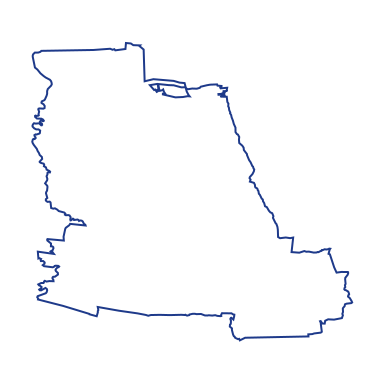 outline of Brahasesti, Galati, Romania, rotated 182°
{"feature_id": "2599482B25283721312735", "entity_name": "Brahasesti", "entity_type": "district", "adm_level": 2, "iso_a3": "ROU", "parent_name": "Romania", "parent_adm1": "Galati", "projection": "equal_earth", "projection_center": [27.355, 46.048], "detail": "fine", "context": "isolated", "style": "outline", "palette": "blue", "viewbox_px": 384, "rotation_deg": 182, "n_neighbors": 0, "source": "geoboundaries", "source_scale": "gbopen_adm2", "svg_char_len": 5962}
<svg xmlns="http://www.w3.org/2000/svg" viewBox="0 0 384 384"><g transform="rotate(182 192 192)"><path d="M347.5,327.8L348.4,326.8L350.4,326.0L354.0,325.8L355.6,324.0L355.9,323.0L355.9,321.6L353.3,310.9L350.8,309.0L347.6,305.3L344.3,302.7L342.2,301.3L337.9,299.2L336.7,297.8L336.1,296.1L335.9,294.8L336.5,293.4L339.7,289.9L340.3,287.8L340.2,285.1L340.7,283.1L342.2,279.4L342.8,278.6L345.3,277.3L345.6,275.9L345.4,275.6L343.4,274.5L342.2,272.8L342.3,270.7L343.5,270.1L347.5,270.2L348.3,269.9L348.5,269.2L347.6,266.9L348.1,264.5L347.8,263.3L348.3,262.9L349.8,262.6L351.1,262.9L351.5,262.6L351.4,261.6L349.5,260.0L345.1,260.0L343.4,259.2L342.6,258.1L342.8,257.7L343.4,257.6L345.5,258.2L346.5,256.9L346.2,256.2L344.4,255.1L344.1,253.9L344.5,253.4L345.1,253.4L347.0,255.2L347.5,255.3L350.5,254.9L352.3,255.2L353.3,254.0L353.7,252.9L353.6,251.8L351.9,250.1L349.8,249.1L347.5,249.2L345.9,248.1L346.1,245.6L346.5,245.1L349.5,244.0L350.4,244.1L351.5,243.3L351.0,241.8L350.3,241.2L350.1,240.5L351.1,239.4L352.3,239.5L352.9,238.9L353.4,236.7L352.9,235.3L351.8,233.6L348.6,229.7L347.7,227.6L346.3,225.6L345.5,223.7L343.3,221.8L342.9,219.8L345.3,217.0L345.2,216.5L344.0,215.8L341.2,215.1L340.6,213.9L340.9,212.6L338.8,211.5L338.1,209.3L335.2,208.0L334.5,207.3L334.7,206.6L336.4,206.7L337.1,206.1L337.1,204.4L337.9,202.7L337.0,200.0L337.2,198.6L339.1,195.5L336.9,193.2L336.6,192.1L336.9,188.3L337.7,186.8L337.9,185.7L336.4,181.0L337.8,179.7L337.8,178.5L337.1,177.7L336.0,177.1L333.9,177.4L333.0,176.6L332.2,171.1L330.1,170.5L328.4,170.9L326.1,169.7L324.5,168.3L318.9,167.0L317.8,165.9L318.2,164.9L317.3,164.4L314.7,164.6L313.6,164.3L312.4,162.6L312.7,160.2L312.4,159.4L311.9,159.5L310.1,161.2L309.5,161.0L309.2,160.0L308.9,159.9L305.4,160.5L304.7,160.2L303.9,159.1L302.9,159.7L301.2,159.5L300.2,158.8L298.8,156.3L297.5,155.6L297.2,154.8L312.7,155.9L313.4,154.6L316.9,151.8L317.4,150.7L318.8,142.8L318.4,139.0L334.8,139.9L335.1,139.1L334.8,138.4L331.1,135.6L331.1,132.8L329.5,132.7L328.7,132.0L328.5,130.9L329.5,128.4L330.3,128.4L331.2,127.7L330.3,127.1L329.3,127.0L327.9,125.3L344.0,127.0L343.2,120.3L342.6,120.7L340.5,119.8L341.0,118.9L340.6,117.7L338.3,117.8L336.8,116.5L336.9,115.2L338.6,113.7L337.3,112.7L328.5,111.9L327.1,112.6L326.7,113.3L325.5,113.6L323.1,113.5L322.2,112.9L322.7,112.2L324.0,111.8L325.4,110.1L325.7,109.3L325.3,108.3L323.2,106.4L323.1,104.8L326.0,102.6L327.8,102.4L328.4,101.7L328.4,100.7L327.5,99.4L327.3,98.0L331.4,98.0L334.4,97.4L336.0,98.1L336.7,97.5L336.9,96.3L337.2,95.9L339.5,95.8L342.4,94.3L341.7,93.4L340.6,93.0L339.0,91.8L339.3,90.6L341.3,89.2L340.8,88.5L339.4,88.4L335.1,91.0L333.7,90.0L333.3,88.8L333.8,86.7L334.6,85.7L342.6,82.5L343.0,81.5L341.9,79.9L342.1,79.2L317.0,73.7L290.3,66.6L290.2,66.2L282.9,64.5L281.9,68.5L282.0,69.7L281.5,70.7L282.2,73.8L260.8,70.8L242.2,68.8L233.8,67.5L231.4,66.8L228.9,67.6L219.9,68.1L209.8,68.2L198.4,68.9L194.7,68.8L194.4,69.1L192.6,68.3L190.4,68.9L190.2,69.5L187.0,70.3L185.0,70.4L183.2,70.1L178.7,70.4L174.9,69.1L172.4,69.1L170.9,69.4L167.5,69.2L164.5,69.7L162.4,69.1L159.1,68.9L158.4,69.1L158.6,70.2L157.8,71.9L148.2,72.1L146.9,71.2L145.4,70.9L145.5,69.3L146.2,66.0L148.3,67.7L148.7,67.6L149.2,66.8L149.2,66.2L148.6,64.8L148.6,62.4L148.7,61.5L149.4,60.8L149.5,58.8L147.3,57.1L147.3,55.5L146.0,51.1L145.2,49.4L144.3,48.9L144.0,48.0L142.9,47.4L141.0,46.6L139.7,46.9L139.0,45.4L133.8,48.2L70.8,51.7L70.6,51.7L70.8,53.8L66.8,54.2L65.0,54.9L58.7,55.9L57.7,56.4L57.4,56.9L58.7,64.9L58.6,65.6L58.8,65.9L58.6,66.3L59.1,66.5L59.5,67.3L58.9,67.5L57.1,65.1L54.8,65.1L54.4,68.0L51.5,69.5L45.6,69.4L37.8,71.2L36.9,74.1L37.5,75.4L36.9,77.4L37.2,80.8L36.9,81.5L35.5,83.2L35.2,85.1L33.6,85.8L29.0,86.5L28.1,87.2L28.6,88.4L30.6,91.5L32.4,92.9L32.2,94.3L31.4,95.0L31.5,95.9L32.4,97.9L34.7,99.2L35.9,99.5L36.4,100.1L36.2,101.4L35.5,102.3L35.9,104.3L35.3,105.5L35.9,110.1L35.8,111.6L33.6,114.6L33.1,116.2L33.2,117.3L33.4,117.5L39.9,117.3L44.7,116.5L47.3,121.7L52.0,134.5L53.4,135.0L52.4,139.2L51.9,140.1L52.9,140.2L53.5,139.7L55.8,139.2L57.4,139.4L59.1,138.6L60.1,138.6L60.5,137.7L60.9,137.8L63.5,136.3L64.4,136.4L65.4,135.9L68.2,135.7L73.1,136.5L75.7,136.3L77.7,136.9L82.6,135.1L90.4,135.4L89.3,150.0L92.3,149.3L96.7,149.8L102.4,148.9L104.4,150.0L104.9,157.3L105.4,160.1L106.5,162.9L107.4,163.8L110.2,169.0L109.8,170.7L111.1,173.6L113.0,174.4L114.5,176.0L116.7,179.5L118.5,180.3L119.5,183.5L120.7,185.2L121.0,187.0L122.1,187.8L124.1,191.6L125.1,192.6L125.7,195.4L126.3,196.0L126.6,197.2L127.1,197.9L128.7,198.7L129.1,199.4L129.4,201.5L130.4,203.3L134.5,204.4L133.9,206.4L135.0,207.9L134.7,209.0L132.2,212.0L130.9,214.8L130.6,216.8L131.3,217.6L131.9,219.5L132.6,220.0L134.5,223.8L136.0,225.8L138.3,230.8L138.4,231.8L141.6,235.7L142.0,238.2L143.4,240.1L146.5,242.6L146.9,246.1L146.7,248.6L148.1,251.0L149.2,251.5L150.6,253.4L150.8,257.9L152.6,261.5L153.6,264.8L155.0,268.0L155.6,270.4L156.7,271.9L156.5,272.7L157.7,275.2L158.1,277.7L158.8,278.9L158.7,281.6L159.8,283.2L160.6,288.4L165.6,288.3L165.7,288.7L166.4,288.6L166.5,289.1L166.9,289.1L162.7,289.6L163.2,290.6L168.9,290.1L169.0,290.8L164.9,291.2L164.9,291.7L163.9,291.8L162.7,292.5L162.8,293.1L164.1,293.1L164.0,293.9L161.0,294.1L160.6,294.5L160.8,295.6L160.5,297.4L167.0,296.6L167.4,297.4L166.2,298.5L166.2,299.0L170.2,299.2L170.7,300.4L177.6,299.9L180.9,299.2L187.0,297.5L187.8,296.4L190.8,295.4L195.4,295.4L199.5,294.6L200.8,294.9L201.4,295.6L201.8,295.5L200.8,292.3L198.9,288.9L197.7,287.5L199.7,287.6L204.4,286.6L211.9,286.0L224.5,288.5L224.5,289.1L221.5,288.4L223.5,291.1L224.4,293.5L225.3,292.7L227.6,292.0L228.4,293.6L229.3,297.7L229.9,297.7L229.0,293.3L230.0,293.0L229.5,291.6L230.7,290.8L232.4,293.1L233.4,292.6L237.8,297.3L230.5,298.8L218.9,298.0L214.0,298.0L206.2,296.2L202.0,296.5L203.2,300.6L208.3,300.9L214.2,302.4L234.5,303.4L243.2,301.0L245.3,332.7L249.7,336.1L249.1,336.7L255.8,336.7L258.3,338.3L263.2,338.6L263.5,332.6L273.6,330.9L274.6,332.0L276.4,331.4L278.8,332.3L295.4,330.5L347.5,327.8Z" fill="none" stroke="#1e3a8a" stroke-width="2"/></g></svg>